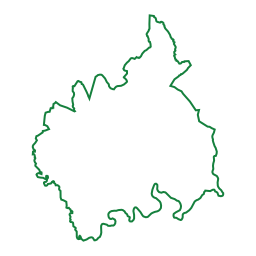 outline of Mexticacán, Jalisco, Mexico
{"feature_id": "50627088B62341505788280", "entity_name": "Mexticacán", "entity_type": "district", "adm_level": 2, "iso_a3": "MEX", "parent_name": "Mexico", "parent_adm1": "Jalisco", "projection": "natural_earth1", "projection_center": [-102.764, 21.278], "detail": "fine", "context": "isolated", "style": "outline", "palette": "green", "viewbox_px": 256, "rotation_deg": 0, "n_neighbors": 0, "source": "geoboundaries", "source_scale": "gbopen_adm2", "svg_char_len": 5777}
<svg xmlns="http://www.w3.org/2000/svg" viewBox="0 0 256 256"><path d="M190.8,65.2L188.6,61.1L184.5,61.3L184.3,61.9L182.1,62.0L181.0,63.3L180.2,63.6L179.3,63.6L177.8,61.3L177.1,60.9L176.5,60.9L176.3,59.8L175.5,59.7L175.3,58.7L175.0,58.4L174.9,57.1L174.5,56.7L174.1,55.8L174.2,55.4L175.3,54.6L174.4,53.6L174.2,52.0L175.4,50.7L175.4,50.4L175.1,50.2L175.1,49.0L175.6,47.9L175.7,47.3L175.6,46.7L173.9,43.9L174.5,42.3L173.3,41.6L173.0,39.8L173.4,39.7L173.1,39.3L172.2,39.1L171.5,38.5L171.3,37.7L170.7,37.1L170.0,34.8L168.0,31.5L165.3,28.5L164.9,27.7L164.9,27.3L164.4,26.7L164.4,25.4L163.4,24.3L163.5,23.2L162.8,22.4L161.7,21.8L160.8,21.9L160.5,22.5L160.0,22.6L157.2,21.8L156.6,21.4L156.3,20.9L155.8,18.5L155.3,17.7L154.2,17.2L153.9,16.0L149.7,15.4L149.4,24.0L149.5,28.8L148.9,29.6L148.8,30.5L146.8,33.6L146.6,34.2L147.2,36.1L147.6,36.1L148.7,39.1L148.6,40.6L148.9,41.6L149.9,41.8L150.5,44.0L150.7,46.7L149.9,47.5L149.1,47.6L146.4,50.1L144.7,50.9L142.3,53.6L141.0,56.2L139.8,57.5L139.1,57.9L138.8,57.6L138.4,57.8L137.1,57.5L136.6,57.1L134.7,58.9L132.5,58.1L131.5,58.1L130.7,58.5L128.7,61.2L127.0,62.6L124.8,65.2L123.7,68.2L123.7,68.9L123.5,69.0L124.2,70.2L124.9,70.6L127.0,71.1L127.0,73.6L123.8,77.2L124.2,77.8L125.4,78.7L126.7,80.4L127.0,81.7L126.3,82.5L123.9,84.5L121.1,85.8L117.5,86.1L116.3,86.6L115.6,87.2L114.7,88.2L114.0,89.3L112.6,89.1L110.7,88.3L109.9,87.5L109.0,86.1L108.8,84.3L106.8,82.0L105.1,78.5L102.2,75.2L101.2,74.7L99.5,74.7L97.7,75.2L96.9,76.0L95.6,76.8L89.4,98.5L88.7,96.8L88.4,96.6L88.0,95.1L86.6,91.9L83.1,84.8L82.3,84.1L81.7,84.0L81.3,82.2L79.2,81.6L78.6,81.0L77.6,81.2L74.4,86.2L73.2,86.0L72.7,86.5L72.9,88.3L72.7,88.8L72.7,91.2L73.9,92.8L74.1,94.6L73.5,96.6L72.3,98.3L72.5,101.3L73.2,104.9L72.7,106.0L73.1,107.3L74.2,108.5L73.9,110.0L74.9,111.2L74.5,111.4L73.5,110.9L67.1,107.7L60.1,105.3L55.8,102.1L55.2,102.9L53.5,104.0L53.2,106.4L53.3,107.6L52.5,107.6L52.5,108.2L50.7,108.2L49.6,111.8L48.0,111.9L45.6,112.7L44.8,115.8L43.9,124.9L45.0,125.0L47.3,126.2L49.0,129.1L45.1,130.6L42.8,131.0L42.7,132.4L38.0,135.6L36.4,136.2L35.8,138.5L36.9,140.3L35.3,142.8L33.3,145.0L32.8,146.1L32.8,147.3L33.6,149.3L35.0,150.4L34.9,151.7L34.0,151.7L33.5,151.4L33.0,151.6L32.8,154.3L33.6,154.1L34.1,154.3L34.5,154.9L34.6,155.8L34.9,156.2L34.7,157.6L35.2,157.8L35.3,158.4L34.5,159.8L34.4,160.8L35.0,162.4L36.0,163.6L35.3,165.1L35.4,165.9L38.8,169.3L39.4,170.0L39.9,171.7L41.5,172.4L41.6,173.3L41.5,174.1L38.8,173.1L38.2,173.2L36.9,173.9L36.5,174.7L37.5,176.6L37.9,177.1L40.5,177.6L43.1,177.8L45.3,179.0L46.1,179.0L46.2,178.6L46.1,176.4L46.3,175.9L47.0,175.8L47.8,176.2L48.0,177.8L47.1,179.0L46.8,180.9L46.2,181.7L44.5,182.1L44.0,182.5L44.0,183.4L45.0,185.5L45.3,185.7L46.5,185.7L47.2,185.2L47.9,184.0L50.9,183.5L51.6,182.5L51.9,182.4L52.0,181.9L52.9,181.3L53.5,181.2L54.0,181.6L53.7,182.6L55.3,183.8L55.7,185.3L57.6,185.2L59.2,186.5L59.4,187.3L59.1,188.7L59.2,189.6L60.5,190.9L60.6,197.5L61.3,199.6L63.5,200.3L66.3,201.8L66.7,205.6L66.4,207.6L67.4,208.1L68.8,207.8L69.4,208.7L70.4,209.4L70.8,211.1L71.7,210.9L72.4,211.6L72.3,213.1L70.3,213.3L69.7,214.1L69.6,214.8L70.5,216.7L70.1,218.8L70.7,219.8L70.1,220.8L70.1,221.4L70.6,222.0L71.9,222.1L72.9,222.6L73.1,223.1L73.4,226.3L75.6,227.8L75.7,228.4L75.4,228.9L75.2,229.7L76.7,231.5L76.8,236.9L77.4,238.5L78.4,239.1L79.4,239.0L79.1,236.9L79.4,236.1L79.8,235.8L80.5,236.5L81.3,238.8L83.4,240.6L86.6,239.5L89.2,237.8L91.2,237.3L92.3,237.5L92.8,237.8L94.4,240.3L95.6,240.2L97.0,239.5L98.3,237.9L99.9,236.9L100.9,234.6L101.3,232.6L101.1,227.0L101.2,225.7L101.9,224.3L102.6,223.9L103.5,223.8L106.9,224.7L108.1,225.8L110.1,225.9L111.7,225.5L113.5,225.5L114.3,224.9L115.2,223.5L115.5,221.2L114.8,219.6L112.6,218.4L111.2,219.0L110.2,218.9L109.0,217.7L108.6,216.7L108.3,214.7L108.6,213.4L109.8,212.0L111.5,211.1L114.4,210.7L116.2,210.8L118.4,210.1L121.6,209.8L122.8,210.1L124.6,211.4L125.4,212.9L127.1,214.3L127.7,216.1L129.6,217.0L129.8,217.6L129.3,219.5L129.3,220.6L130.1,221.4L131.3,221.5L132.0,221.4L133.5,219.9L134.1,218.5L134.1,214.9L133.4,211.0L133.8,209.1L134.3,208.1L135.1,207.4L136.0,207.4L137.0,208.1L140.4,212.0L142.5,215.4L143.4,216.4L145.7,217.2L147.0,217.1L147.9,216.8L151.2,213.6L152.4,212.9L154.8,211.9L157.4,211.3L158.6,210.7L159.7,209.8L160.9,208.0L161.1,205.6L160.6,203.0L159.8,201.5L156.1,198.2L154.3,197.6L152.7,196.4L152.0,195.1L151.7,193.6L152.4,189.7L154.0,185.4L154.6,184.3L155.2,183.8L156.0,183.7L157.2,184.6L157.4,186.1L157.2,189.1L157.8,190.7L159.1,192.1L161.4,192.7L163.3,192.0L165.1,192.3L165.8,192.7L170.9,197.8L174.7,199.1L177.0,200.7L178.2,200.9L179.0,201.4L180.3,203.5L180.9,205.4L181.0,206.5L180.7,208.3L179.8,210.2L175.9,212.3L173.8,213.8L173.6,214.4L173.5,215.9L174.1,217.5L174.5,217.7L176.4,217.8L178.5,219.2L180.6,220.0L181.4,219.8L182.3,218.5L182.7,217.1L182.7,214.8L183.2,213.8L184.3,213.0L186.1,212.6L189.3,210.2L191.3,207.9L194.7,201.5L196.5,200.2L198.2,199.6L200.4,198.0L202.2,195.1L203.8,194.0L204.2,192.0L205.0,191.3L205.3,190.6L210.2,191.1L212.6,189.8L213.9,189.6L214.4,189.8L215.2,191.5L216.4,191.9L217.4,192.7L218.5,195.7L220.8,196.2L221.9,196.0L222.8,195.5L223.2,194.5L223.2,193.1L222.4,192.2L221.2,190.2L219.3,188.5L218.3,187.0L217.8,185.7L217.6,182.5L218.2,178.8L217.8,177.6L216.8,176.0L213.3,174.1L212.6,172.9L212.4,172.1L212.5,171.2L213.3,169.0L213.0,165.8L213.3,163.4L214.1,160.6L213.8,157.1L213.9,156.6L214.5,156.0L215.8,155.9L216.6,153.7L216.8,151.6L215.6,147.8L214.6,146.1L213.2,141.9L212.8,140.1L213.0,139.4L212.5,138.0L212.3,136.7L212.5,135.4L213.9,132.6L214.7,129.5L211.8,128.2L209.6,126.8L207.6,126.6L199.2,121.3L197.8,114.8L199.0,110.0L195.8,110.3L189.9,101.5L183.1,93.8L181.5,91.3L177.7,89.5L174.5,87.1L170.4,85.9L174.5,79.3L178.7,76.3L179.1,75.5L180.6,75.0L180.9,74.2L182.3,73.9L185.9,70.8L187.1,69.7L187.9,68.2L190.8,65.2Z" fill="none" stroke="#15803d" stroke-width="2"/></svg>